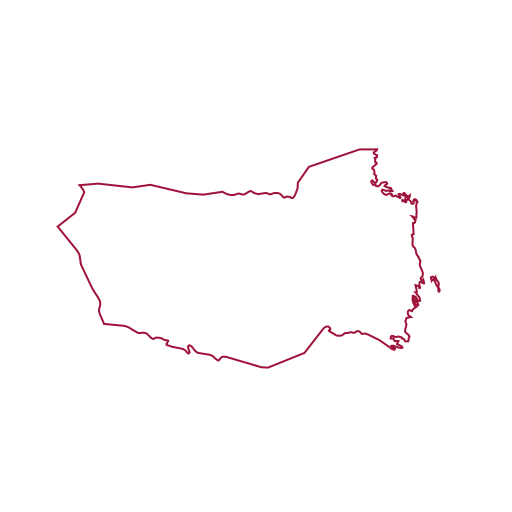 an SVG outline of Västerbotten, rotated 325°
{"feature_id": "SWE-192", "entity_name": "Västerbotten", "entity_type": "County", "adm_level": 1, "iso_a3": "SWE", "parent_name": "Sweden", "parent_adm1": "", "projection": "orthographic", "projection_center": [19.633, 64.883], "detail": "fine", "context": "isolated", "style": "outline", "palette": "rose", "viewbox_px": 512, "rotation_deg": 325, "n_neighbors": 0, "source": "natural_earth", "source_scale": "10m", "svg_char_len": 6149}
<svg xmlns="http://www.w3.org/2000/svg" viewBox="0 0 512 512"><g transform="rotate(325 256 256)"><path d="M92.5,224.4L92.8,223.6L94.8,213.8L95.7,211.3L96.7,209.8L100.6,206.5L102.3,203.5L102.9,198.6L103.0,193.1L103.4,188.0L107.6,163.2L108.2,161.5L111.6,154.9L112.3,152.7L112.5,148.4L110.4,118.1L132.6,116.9L151.8,105.3L152.3,103.9L152.4,101.7L152.3,98.3L152.1,96.8L168.1,106.1L194.1,128.9L210.3,137.1L234.9,164.7L248.0,175.5L264.6,183.8L265.4,184.1L266.3,186.2L268.3,189.4L270.5,191.8L273.0,193.4L277.6,194.8L280.3,198.0L281.8,198.9L288.0,199.3L288.8,199.7L289.3,200.4L290.7,203.5L293.1,206.5L300.5,210.1L302.8,213.6L307.5,215.0L310.0,217.0L311.2,218.6L311.8,220.5L312.1,223.7L313.0,224.6L314.3,224.6L315.7,225.2L315.9,225.6L318.0,227.3L318.1,228.5L318.9,229.3L319.7,229.6L320.9,229.3L323.4,228.2L328.9,224.4L332.3,220.0L350.5,213.3L402.0,228.1L414.9,237.1L416.4,238.0L415.6,238.7L411.8,238.7L411.3,239.4L411.8,241.0L413.0,243.0L411.7,244.3L411.2,244.5L409.9,243.8L409.4,243.8L409.3,244.5L409.1,245.3L407.7,246.9L407.6,247.8L408.3,248.9L407.6,249.7L402.1,250.2L401.5,250.6L401.5,251.4L402.0,252.8L401.8,253.9L401.0,255.5L400.4,256.2L399.8,256.4L400.4,259.2L399.5,260.4L398.6,261.3L399.1,263.1L398.3,263.8L396.8,264.5L396.0,264.6L395.3,264.1L395.0,262.9L394.9,261.7L394.7,260.9L393.9,260.6L393.2,261.0L392.7,262.1L392.6,263.6L392.8,264.9L393.4,265.5L394.8,266.0L394.5,267.6L395.4,268.6L396.2,269.0L398.0,268.9L400.8,268.0L403.7,269.3L404.9,270.1L405.2,271.7L404.6,272.2L402.3,272.1L401.4,272.4L402.3,274.2L403.3,275.6L405.3,277.5L405.4,278.2L404.6,278.2L404.3,278.8L404.5,279.6L405.1,280.4L405.1,281.0L403.9,280.5L401.7,278.1L400.5,277.6L399.5,276.8L398.6,275.3L397.6,274.1L396.5,274.5L396.1,275.9L396.2,277.7L396.8,279.4L397.6,280.6L398.9,281.0L400.4,281.1L401.8,281.6L402.7,283.4L401.8,283.6L401.9,284.6L402.5,285.7L403.4,286.3L404.8,286.5L405.3,286.9L405.9,288.8L406.5,289.4L407.1,290.9L407.6,291.2L408.0,290.9L408.1,290.3L408.0,289.8L407.9,289.8L408.1,288.5L408.2,287.5L408.4,287.1L409.4,287.6L410.3,289.0L411.4,290.9L412.3,291.8L412.7,289.2L413.1,289.1L413.6,289.5L413.8,290.0L413.9,292.5L414.4,293.7L415.1,294.4L415.8,294.7L416.8,294.6L415.6,295.9L414.9,296.1L414.3,295.8L413.0,293.6L412.7,293.3L410.5,295.4L409.2,296.2L408.7,295.2L408.5,294.5L408.2,294.1L407.8,294.2L407.5,294.5L407.4,295.2L408.3,295.6L409.3,297.4L409.9,298.0L410.9,296.9L412.8,296.6L413.4,296.8L413.5,297.3L414.1,299.8L413.6,301.4L413.7,302.6L414.3,303.2L415.1,303.4L415.5,303.1L416.0,301.6L416.3,301.2L418.2,301.9L417.9,300.4L418.5,300.4L419.0,300.9L419.4,301.9L419.5,303.3L419.3,304.4L418.1,304.5L417.0,305.9L415.9,306.7L412.9,312.1L411.1,314.1L410.3,315.5L409.2,316.6L408.2,315.6L407.3,313.9L406.6,313.1L406.9,314.9L406.7,316.7L407.0,317.1L407.4,318.2L406.6,318.6L405.3,319.7L404.6,319.8L403.9,319.4L403.6,319.0L403.3,319.2L397.7,328.5L395.9,327.9L395.5,328.5L394.4,331.7L390.9,336.2L390.1,338.3L390.7,340.1L390.4,342.1L388.6,346.5L388.4,348.4L388.5,348.2L388.7,349.6L388.7,349.9L388.3,350.1L388.2,350.7L388.1,352.8L388.0,353.9L387.7,354.4L387.2,354.6L386.5,355.9L385.5,356.5L384.7,358.1L383.1,365.2L382.6,366.2L380.4,368.3L378.4,368.5L377.9,369.1L377.7,370.5L378.1,371.2L378.8,371.4L379.5,371.2L378.6,373.7L378.0,374.8L377.5,374.6L376.5,372.1L375.9,371.4L375.0,371.3L372.8,373.9L372.7,375.3L372.3,376.1L371.8,376.3L371.3,375.7L371.7,374.6L371.6,373.6L371.1,372.8L369.9,371.4L367.7,376.7L366.9,377.9L365.8,377.2L366.0,378.1L365.8,380.1L366.2,383.1L365.9,384.3L365.5,385.5L365.0,386.4L364.4,386.8L363.6,386.5L363.1,385.6L363.0,384.3L363.4,382.7L363.4,381.7L362.9,380.3L362.3,379.1L361.6,378.7L361.2,380.2L361.4,386.7L360.9,389.3L360.3,389.5L359.6,388.8L359.0,387.6L359.0,386.5L359.7,383.8L359.9,382.3L359.7,381.0L358.8,382.4L358.0,384.7L357.5,387.3L357.9,389.7L356.8,389.5L353.7,389.8L352.1,390.7L351.6,390.1L351.0,388.6L350.7,388.3L349.9,388.1L348.9,388.5L348.0,389.2L347.4,390.2L346.9,391.6L347.1,392.8L347.9,394.9L344.2,393.2L343.5,393.1L342.8,393.9L341.1,394.9L340.8,395.3L340.1,398.1L338.3,400.0L336.4,401.5L334.8,403.3L334.7,404.4L335.5,407.2L335.7,409.6L335.6,410.0L334.4,410.4L332.3,412.9L331.7,413.2L329.4,411.7L329.3,410.2L329.5,409.1L329.3,408.2L328.2,407.4L328.5,405.9L327.8,405.4L326.5,403.6L324.1,402.6L323.4,401.9L322.5,400.3L321.4,399.3L320.3,399.4L319.0,400.7L320.1,401.7L321.3,402.2L320.7,404.9L321.2,405.8L322.5,406.2L323.9,407.4L322.6,408.3L321.1,408.8L321.0,409.2L323.3,413.0L323.5,413.7L323.6,414.9L323.2,415.2L322.2,414.7L320.6,413.2L316.8,408.0L315.5,407.3L315.5,408.2L316.7,411.7L315.7,412.2L314.8,411.3L314.0,410.3L313.9,409.6L308.9,395.8L303.0,385.1L301.6,382.9L300.6,381.9L298.2,380.6L297.9,380.2L297.8,378.6L297.3,377.0L296.3,375.9L295.3,375.4L293.5,375.5L292.6,375.3L291.5,374.6L290.4,373.2L289.5,372.6L287.3,371.8L285.0,370.4L284.3,370.2L280.8,370.3L279.8,369.9L277.0,368.0L276.3,367.2L275.9,366.6L275.7,365.7L273.0,359.9L272.8,359.0L273.0,358.7L274.6,358.8L275.0,358.5L275.3,357.9L275.2,356.8L274.8,355.3L272.9,354.0L269.9,354.0L240.1,363.2L201.8,354.3L196.5,350.1L173.7,321.5L171.9,320.0L170.6,319.3L168.9,319.2L165.5,320.2L164.8,319.4L164.0,317.2L163.1,313.0L161.5,310.4L152.9,302.1L152.0,300.0L151.6,297.6L151.4,293.4L151.0,292.2L150.2,290.9L148.3,291.1L147.2,293.9L146.4,296.8L145.2,297.3L144.8,297.2L144.5,296.7L144.2,294.8L144.0,292.9L143.8,292.3L143.1,290.8L141.9,289.2L134.8,281.8L134.0,280.4L132.3,278.4L131.8,277.5L132.2,276.7L135.1,275.4L135.5,275.0L135.4,274.7L134.6,273.8L133.5,273.0L132.2,271.0L131.3,269.2L130.6,268.3L128.8,266.6L127.1,265.4L124.4,265.1L124.0,264.8L123.6,264.1L123.0,262.5L122.4,258.6L122.0,256.9L121.1,255.5L120.3,254.7L118.7,253.5L116.5,252.5L115.2,251.3L112.2,244.9L111.2,242.3L110.5,241.0L108.3,237.9L92.5,224.4ZM388.1,378.7L389.0,378.1L390.4,376.3L390.9,376.1L390.5,377.0L390.7,377.5L390.7,378.0L390.3,378.5L390.2,379.2L390.4,381.1L390.3,382.4L389.8,383.7L388.5,385.1L387.8,385.0L387.1,385.9L387.0,384.8L387.8,379.6L388.1,378.7ZM385.8,376.9L386.9,373.8L388.8,374.1L389.6,376.2L387.4,378.3L387.7,377.6L387.3,376.6L386.9,376.3L385.8,376.9ZM387.4,387.3L387.2,388.4L386.8,389.3L386.2,390.0L385.4,390.1L385.4,389.1L387.1,386.5L387.3,386.6L387.4,387.3Z" fill="none" stroke="#9f1239" stroke-width="2"/></g></svg>